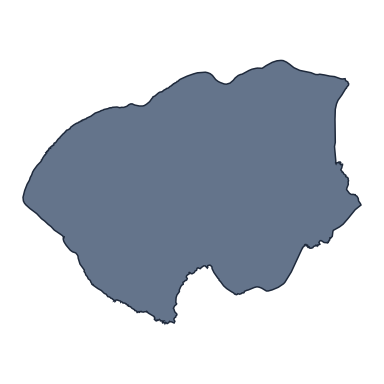 Sumba Barat Daya, Nusa Tenggara Timur, Indonesia (Albers equal-area conic projection)
{"feature_id": "22746128B80160169684098", "entity_name": "Sumba Barat Daya", "entity_type": "district", "adm_level": 2, "iso_a3": "IDN", "parent_name": "Indonesia", "parent_adm1": "Nusa Tenggara Timur", "projection": "albers", "projection_center": [119.172, -9.544], "detail": "fine", "context": "isolated", "style": "filled", "palette": "slate", "viewbox_px": 384, "rotation_deg": 0, "n_neighbors": 0, "source": "geoboundaries", "source_scale": "gbopen_adm2", "svg_char_len": 5939}
<svg xmlns="http://www.w3.org/2000/svg" viewBox="0 0 384 384"><path d="M345.1,78.7L342.2,79.0L340.4,78.7L334.5,76.6L329.8,76.1L324.7,75.0L319.7,74.2L318.0,74.6L315.5,74.5L311.0,72.7L299.8,70.4L293.9,67.7L289.5,64.2L286.5,62.1L283.2,60.6L281.0,60.4L276.9,60.8L272.3,62.3L266.2,65.6L262.2,68.3L257.6,68.1L256.0,68.3L252.0,69.2L248.9,70.5L242.1,74.2L240.5,74.5L238.2,75.5L235.1,78.0L233.3,80.3L230.0,83.1L226.3,84.2L224.0,83.9L220.0,82.4L217.9,81.3L215.7,79.6L212.4,75.4L210.2,73.7L207.7,72.7L205.4,72.2L197.4,72.8L193.5,73.9L187.2,76.1L180.4,79.2L179.3,79.9L178.1,81.2L177.1,81.4L176.8,82.0L175.6,82.8L175.1,82.8L174.6,83.4L173.6,83.7L173.5,84.0L172.6,84.5L172.4,85.0L171.6,85.3L171.3,85.8L169.8,86.6L168.9,87.6L167.7,88.3L166.4,88.5L166.1,89.0L163.8,90.2L162.1,91.7L159.7,92.2L158.5,92.9L154.9,96.0L152.9,96.9L152.6,97.8L152.1,98.2L149.6,101.7L146.4,104.3L144.2,105.6L142.6,106.0L139.4,106.0L134.6,105.0L132.3,103.9L130.7,103.9L129.0,104.6L126.8,106.3L123.7,107.4L121.7,107.3L119.7,107.7L117.0,107.0L112.6,107.3L111.0,107.9L110.8,107.7L109.4,107.9L108.0,108.6L103.9,109.5L103.2,110.0L101.0,110.7L99.9,111.4L95.1,113.1L90.9,116.2L86.7,118.1L86.1,118.8L84.1,119.4L83.8,119.8L82.4,120.0L81.6,120.6L81.7,120.9L80.3,121.3L79.8,121.9L78.6,122.2L77.8,123.0L76.6,123.2L73.8,124.9L70.6,127.3L70.0,128.7L69.5,128.8L69.1,129.2L67.3,130.1L66.6,130.2L65.7,131.3L65.6,131.8L64.9,132.1L63.8,133.5L63.4,133.6L60.1,137.1L59.8,137.9L59.2,138.1L57.9,139.4L55.5,142.8L54.6,142.9L54.0,143.4L53.7,145.1L52.8,145.3L52.8,145.6L51.8,146.0L51.7,146.5L51.3,146.5L50.3,147.3L50.5,148.3L49.3,148.2L49.0,148.4L49.1,149.0L48.3,149.8L48.4,150.5L47.5,150.8L47.6,151.2L46.6,151.7L46.7,152.8L45.9,152.8L46.1,153.2L45.6,154.4L45.2,154.9L44.8,154.9L43.0,157.6L41.8,159.9L41.4,160.1L41.5,160.6L40.8,161.7L37.2,165.4L33.9,169.9L32.6,172.2L31.7,174.9L30.3,177.4L29.4,180.3L27.1,184.3L24.7,190.5L23.0,197.3L23.4,201.0L24.5,203.2L26.0,205.0L29.9,208.5L36.8,213.7L41.5,218.7L44.5,220.9L48.2,224.4L51.0,226.5L54.2,230.0L61.7,235.1L62.8,236.0L63.3,237.0L64.1,236.9L63.9,237.9L63.3,237.9L63.2,239.0L63.7,241.0L64.3,242.3L66.2,245.3L70.3,250.2L72.5,251.8L75.7,252.9L77.3,254.8L78.0,256.2L78.2,258.2L80.0,264.1L84.3,270.0L84.1,271.6L85.0,272.6L85.9,275.1L87.2,276.5L88.3,278.9L89.7,279.9L90.5,281.0L91.0,282.4L91.7,283.4L91.9,284.3L92.4,284.6L93.1,284.5L93.3,284.8L93.1,285.2L97.9,288.6L101.3,290.5L104.3,293.4L106.2,294.2L107.8,296.6L109.3,296.9L110.4,297.6L111.0,298.3L112.3,298.7L112.9,299.5L113.3,299.6L114.1,300.3L113.9,300.8L114.5,300.5L114.8,300.6L115.0,301.5L115.6,300.9L115.9,300.1L116.9,299.9L120.3,301.1L120.8,301.5L120.8,301.9L121.1,301.6L122.4,302.3L123.1,303.1L124.0,302.9L125.8,303.6L126.0,304.1L126.5,304.1L127.1,304.8L127.6,305.0L127.6,305.4L128.2,305.2L128.6,306.2L130.5,306.7L132.0,308.3L134.3,309.6L134.8,310.5L135.1,310.4L136.8,311.4L137.2,313.0L137.4,312.1L137.9,311.9L138.8,312.1L138.9,311.7L139.3,311.7L139.4,312.3L139.7,312.2L139.8,311.7L141.2,311.4L141.7,311.9L143.5,312.1L144.8,311.7L146.2,311.7L146.5,311.9L146.8,311.4L148.2,313.0L154.1,316.5L154.1,317.0L154.6,317.4L154.8,318.3L154.3,319.1L155.5,320.5L156.9,320.1L156.8,320.6L157.4,320.3L157.8,320.5L159.4,319.4L159.9,319.8L160.4,320.9L161.8,320.8L162.6,321.2L163.4,321.1L162.3,322.1L162.6,322.9L164.1,322.5L164.5,323.0L164.8,323.0L165.0,323.6L165.8,322.4L167.1,323.6L168.8,322.6L169.5,321.4L170.6,321.8L171.5,321.8L174.1,323.0L174.9,321.3L174.0,319.8L173.9,319.0L174.6,317.8L175.7,317.1L175.8,316.2L176.9,314.9L176.8,314.0L174.7,311.7L173.9,309.0L173.4,308.3L174.7,305.8L176.5,304.3L176.6,303.5L175.8,302.7L176.1,297.6L176.9,295.1L179.4,291.6L179.3,290.0L180.9,286.3L182.1,284.9L183.2,284.3L183.2,283.5L182.9,282.8L183.3,282.0L184.2,281.7L185.4,280.4L186.1,280.4L186.8,279.8L187.3,278.5L186.3,277.1L186.6,275.8L187.7,274.7L188.8,274.3L189.3,273.4L189.0,272.7L189.2,272.4L189.8,272.5L191.1,273.7L192.3,273.7L194.3,272.5L195.2,270.9L196.5,270.4L197.1,268.3L198.1,267.8L199.5,268.5L200.5,268.6L201.1,267.7L203.8,265.8L205.2,265.9L207.3,268.1L207.8,267.3L207.5,266.4L207.8,265.6L209.7,265.1L210.4,265.3L211.9,266.8L212.1,268.7L214.0,272.6L217.9,278.2L218.9,279.1L219.0,280.0L220.7,281.8L223.6,285.8L226.7,288.6L231.7,291.9L233.6,292.9L234.6,294.1L235.5,294.1L235.9,294.6L236.3,294.7L237.2,294.4L237.8,293.7L239.6,294.2L241.6,293.5L242.2,292.8L243.5,292.9L244.1,292.6L244.4,291.4L246.8,290.3L248.2,290.0L254.5,287.4L257.0,286.8L259.2,287.2L261.6,288.1L266.4,291.0L268.1,291.0L272.1,289.9L278.3,287.3L283.5,283.8L284.9,282.3L291.3,271.9L301.9,249.1L302.5,248.3L302.5,247.7L304.3,246.0L304.6,245.0L305.1,244.5L305.9,244.5L306.1,245.8L306.5,245.9L307.0,246.0L307.3,245.1L307.6,245.2L307.9,246.6L308.8,246.8L308.3,247.4L309.3,247.5L309.5,248.0L310.1,248.2L311.7,248.1L312.9,247.6L313.2,247.0L313.9,246.3L315.6,245.8L315.8,245.3L317.0,246.0L317.0,245.6L317.7,245.6L317.6,245.1L318.0,245.2L319.9,244.2L318.9,242.4L320.2,240.6L321.2,240.6L324.1,242.5L326.4,242.7L327.2,242.4L327.4,242.9L328.2,242.5L328.1,242.1L328.8,241.4L329.0,240.4L329.6,240.1L329.7,239.1L330.5,238.3L329.9,238.0L329.9,237.8L331.3,237.5L332.3,236.3L332.9,231.4L333.4,230.3L339.5,226.9L343.1,224.2L347.8,218.8L355.2,209.7L361.0,205.0L360.4,203.6L358.6,201.0L358.2,198.3L357.0,196.3L355.2,195.1L355.2,194.7L354.4,194.7L353.8,194.4L353.2,194.5L352.8,194.3L352.3,194.5L351.2,194.4L349.5,193.4L346.6,189.6L346.9,187.9L348.3,184.5L348.1,181.7L348.4,181.3L348.5,180.3L348.1,179.6L348.2,178.5L347.6,177.5L345.7,176.6L345.9,175.4L343.7,173.8L343.1,172.4L342.2,172.1L342.3,171.7L340.8,169.9L341.8,167.8L342.2,165.8L342.6,164.9L342.5,164.3L341.8,164.6L340.5,164.6L339.9,163.4L340.1,163.1L340.8,162.9L340.4,162.1L339.8,162.0L338.8,162.0L338.5,162.7L337.2,162.6L336.5,163.1L336.1,163.9L335.6,162.9L335.8,161.0L334.5,146.5L335.3,142.4L335.0,119.3L335.3,109.3L336.5,103.9L338.0,100.3L341.9,94.9L345.6,88.8L346.4,88.2L346.4,87.7L348.5,85.1L348.7,83.8L348.1,83.1L348.0,82.2L347.4,81.6L345.6,80.6L345.1,78.7Z" fill="#64748b" stroke="#1e293b" stroke-width="1.5"/></svg>